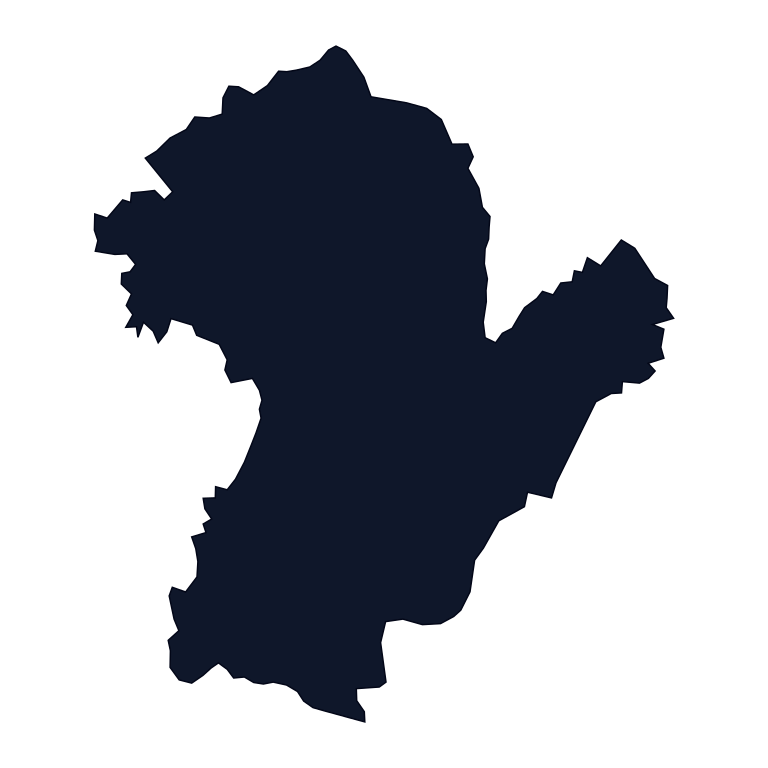 outline of Ernestina, Rio Grande do Sul, Brazil
{"feature_id": "56859067B68568949891586", "entity_name": "Ernestina", "entity_type": "district", "adm_level": 2, "iso_a3": "BRA", "parent_name": "Brazil", "parent_adm1": "Rio Grande do Sul", "projection": "mercator", "projection_center": [-52.561, -28.425], "detail": "fine", "context": "isolated", "style": "filled", "palette": "ink", "viewbox_px": 768, "rotation_deg": 0, "n_neighbors": 0, "source": "geoboundaries", "source_scale": "gbopen_adm2", "svg_char_len": 2248}
<svg xmlns="http://www.w3.org/2000/svg" viewBox="0 0 768 768"><path d="M673.6,318.3L666.2,307.7L667.0,298.5L667.6,285.5L654.6,278.5L634.8,248.3L621.3,240.0L600.7,265.9L587.4,257.7L582.4,272.4L574.4,270.8L572.2,281.8L560.8,283.0L553.2,294.9L542.5,291.4L536.9,298.5L524.6,307.7L519.3,316.1L512.2,328.3L502.4,333.3L495.6,342.8L485.1,337.7L483.2,322.2L486.3,301.6L486.0,290.4L487.4,278.9L484.3,263.8L485.1,248.7L488.6,239.1L489.1,227.1L490.0,216.5L482.4,207.3L478.9,188.3L467.9,168.3L473.2,156.8L467.9,144.0L452.0,144.2L441.3,119.5L426.7,108.4L406.8,102.9L371.0,96.8L363.9,77.2L352.7,60.2L345.8,51.0L336.0,46.1L328.6,50.0L320.1,60.2L309.8,67.0L296.1,70.2L286.8,71.7L278.6,71.2L267.4,85.6L253.7,94.9L238.6,86.8L228.9,86.2L223.0,97.8L222.2,114.1L209.4,118.0L194.8,117.0L186.3,129.5L170.1,138.0L156.7,151.1L145.3,158.1L172.7,191.8L164.2,199.9L154.6,190.5L143.4,191.8L131.5,192.8L130.6,202.4L122.7,199.9L107.2,218.1L94.8,214.0L94.4,230.1L97.9,240.6L95.3,251.2L114.8,254.4L127.0,253.8L135.6,264.4L130.1,271.8L121.8,273.4L121.3,284.0L131.5,293.9L126.3,305.5L132.9,314.7L125.8,327.3L136.5,326.7L137.9,337.3L143.5,322.2L153.2,331.2L158.2,342.8L166.8,331.8L171.0,318.6L192.5,325.1L196.7,335.3L219.2,344.3L227.2,359.8L224.9,370.0L231.1,382.6L252.4,378.4L259.4,390.2L262.0,400.2L259.4,409.2L261.1,418.2L256.0,433.0L251.5,444.5L244.4,462.2L235.5,479.2L227.2,489.8L215.6,486.7L215.3,497.9L203.2,498.3L204.9,508.8L211.7,519.0L203.2,524.0L206.0,532.6L191.7,536.9L195.8,548.7L197.9,561.6L197.0,576.9L185.6,592.0L172.3,587.3L169.2,595.9L174.1,619.1L178.9,630.7L168.2,640.3L170.4,650.7L170.1,667.4L179.2,679.9L191.7,683.1L202.9,675.4L211.1,668.0L218.4,662.9L227.2,669.3L233.7,678.0L244.4,677.0L253.7,682.5L263.4,684.0L273.2,682.1L286.5,685.0L297.5,691.5L303.7,701.1L313.0,707.6L325.3,711.1L351.2,718.2L364.8,721.9L364.3,711.7L356.7,700.7L356.3,688.6L379.3,687.0L386.0,682.1L380.6,642.6L385.6,621.6L402.9,619.1L422.4,624.6L440.5,623.6L453.7,616.5L460.8,610.1L470.0,591.8L474.6,560.2L483.4,548.1L498.8,520.8L524.4,506.7L527.5,492.2L551.5,497.9L556.0,482.8L595.8,401.8L611.2,393.5L621.5,392.9L622.4,381.6L639.5,383.1L648.4,378.4L655.1,371.0L648.1,363.3L663.9,358.2L660.8,347.3L663.9,329.2L652.4,324.5L673.6,318.3Z" fill="#0f172a" stroke="#020617" stroke-width="1.5"/></svg>